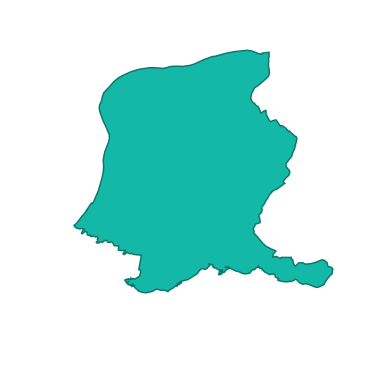 the district of Pedraza, Magdalena, Colombia, rotated 69°
{"feature_id": "7082276B4621695095776", "entity_name": "Pedraza", "entity_type": "district", "adm_level": 2, "iso_a3": "COL", "parent_name": "Colombia", "parent_adm1": "Magdalena", "projection": "equal_earth", "projection_center": [-74.79, 10.149], "detail": "fine", "context": "isolated", "style": "filled", "palette": "teal", "viewbox_px": 384, "rotation_deg": 69, "n_neighbors": 0, "source": "geoboundaries", "source_scale": "gbopen_adm2", "svg_char_len": 6041}
<svg xmlns="http://www.w3.org/2000/svg" viewBox="0 0 384 384"><g transform="rotate(69 192 192)"><path d="M59.0,219.5L60.9,225.3L64.0,231.1L67.7,238.8L71.6,242.0L74.0,243.4L77.9,247.3L81.2,248.8L85.1,249.3L94.3,249.5L99.6,249.0L109.0,248.7L112.5,250.0L116.0,252.4L122.8,258.7L126.4,261.1L130.5,263.5L135.9,265.1L140.8,267.3L146.0,270.5L157.2,278.9L166.0,287.5L167.1,289.3L166.3,289.9L171.3,297.1L171.5,296.8L176.3,305.3L179.7,310.5L180.8,314.0L182.0,314.0L183.9,313.1L186.1,310.4L186.8,307.3L188.4,305.8L188.7,305.9L188.4,307.1L188.8,307.9L191.0,310.0L191.6,309.6L190.8,306.6L190.9,305.4L191.7,304.6L193.2,304.6L194.1,305.1L195.1,304.6L195.6,304.1L195.9,302.2L197.2,302.4L197.7,301.8L197.7,300.3L198.1,299.5L199.4,298.2L199.4,296.9L200.2,296.3L201.1,296.6L201.6,296.2L202.0,296.3L202.4,297.4L203.4,297.4L204.1,297.8L204.3,299.0L204.7,299.4L205.3,299.3L205.7,298.8L205.8,298.0L206.1,297.5L206.2,296.6L205.7,295.9L206.1,294.7L206.8,294.1L206.8,293.0L206.5,292.7L206.3,292.1L206.2,290.0L206.4,289.5L207.2,289.0L208.5,288.7L209.1,288.0L209.7,286.0L209.7,284.8L210.8,284.1L212.9,284.1L214.3,283.7L216.1,279.9L216.6,279.9L219.9,281.6L220.9,280.0L222.8,274.9L223.6,275.2L223.8,276.9L224.8,278.4L225.6,278.3L225.9,277.8L226.0,277.0L225.0,274.2L225.8,273.8L226.5,272.7L227.4,272.2L227.8,270.2L229.0,269.5L232.9,261.9L245.4,269.5L245.8,268.4L247.2,268.3L248.4,268.7L251.2,270.6L251.8,271.6L252.1,272.7L252.8,276.3L252.1,277.3L252.1,278.9L251.6,278.8L251.7,279.3L251.2,279.5L251.6,280.8L251.5,281.1L250.9,280.8L251.3,281.4L251.1,282.2L250.6,283.3L250.2,282.9L250.0,286.0L250.2,286.3L251.1,286.0L251.8,286.2L252.7,285.3L253.1,284.7L253.0,284.0L253.3,283.6L253.7,284.3L253.3,285.2L253.6,285.4L253.9,285.1L254.3,285.3L254.7,284.8L255.7,284.7L256.4,283.4L257.1,282.8L257.0,281.6L257.3,282.6L257.6,282.5L257.3,282.4L257.5,282.0L257.8,282.3L258.2,282.2L257.9,281.8L258.3,281.0L258.1,280.8L257.8,281.5L257.3,281.0L257.0,281.5L256.5,280.5L256.9,280.1L258.3,280.0L258.6,279.6L258.7,280.9L259.1,280.2L260.8,279.6L261.6,279.0L261.9,279.1L263.8,277.8L264.6,277.9L265.1,276.8L265.8,276.9L268.0,274.2L269.6,271.0L269.9,269.5L269.8,269.0L270.0,268.5L269.9,268.0L270.3,267.2L270.5,265.6L270.3,262.5L269.8,261.8L270.1,260.8L270.0,259.5L272.7,256.2L273.2,254.1L274.7,251.7L275.8,251.0L276.4,250.0L276.1,249.5L275.8,249.6L275.4,249.2L275.5,248.4L275.3,247.9L275.4,246.9L274.9,245.1L274.8,243.4L273.6,241.4L273.8,241.0L274.3,240.8L274.4,239.2L274.2,239.0L272.7,239.2L273.8,239.0L273.6,238.6L273.6,236.9L273.1,235.5L273.3,235.1L272.3,233.9L271.8,234.0L272.7,238.8L272.4,238.5L272.4,238.1L272.2,238.1L272.0,236.4L271.6,235.6L271.5,232.8L271.8,231.2L271.7,230.8L272.0,230.1L272.3,226.8L272.0,226.0L271.6,223.0L271.0,220.9L270.7,218.4L270.4,217.7L270.3,216.9L268.7,214.2L268.1,213.5L267.7,212.6L267.7,212.1L267.1,211.4L267.2,210.9L267.1,209.9L268.4,208.5L268.9,207.4L268.7,205.3L267.7,203.7L267.1,201.6L266.3,201.1L266.1,202.0L265.2,202.1L265.2,201.7L268.0,198.4L268.8,198.5L268.8,199.1L269.1,199.4L270.8,198.5L271.3,197.8L271.5,197.0L273.9,195.4L275.9,191.7L276.6,191.8L277.1,192.6L276.4,193.2L276.3,194.2L275.5,194.1L275.6,194.7L277.7,195.9L278.2,196.7L278.8,196.6L279.3,195.1L278.8,194.5L278.9,194.1L278.5,194.1L278.9,193.5L278.7,193.1L278.1,193.1L278.0,192.8L278.4,192.2L278.2,191.6L278.5,190.6L278.1,190.1L277.3,188.5L276.6,185.4L276.7,184.7L275.9,185.0L274.7,186.4L274.3,187.7L274.0,187.5L273.9,186.9L274.3,186.0L275.7,184.6L275.7,184.1L276.5,184.0L281.3,179.6L283.1,177.0L286.3,173.8L287.6,171.3L288.5,167.5L288.1,166.5L286.6,164.2L286.5,163.0L286.2,162.8L286.4,161.9L286.7,161.9L286.8,161.4L286.3,160.1L285.7,159.4L286.0,157.5L285.7,157.3L285.6,157.6L285.1,157.5L284.9,156.7L285.4,156.8L285.7,156.3L287.3,156.2L287.8,155.6L288.1,154.1L289.9,154.5L290.6,153.3L291.7,153.4L292.6,152.8L296.7,149.4L297.0,149.2L296.8,148.3L297.4,146.4L297.3,145.3L297.6,145.1L297.9,145.3L298.1,144.6L298.6,144.3L301.0,144.6L301.7,144.3L303.9,142.3L304.4,142.6L304.8,143.4L305.2,143.4L306.1,142.4L308.3,139.0L309.6,136.4L310.3,133.8L311.0,131.0L311.1,129.6L310.9,127.9L310.3,127.1L311.5,125.6L314.9,124.3L317.2,122.4L318.0,121.1L318.3,118.9L318.8,118.0L321.1,115.1L324.5,111.5L325.8,109.6L326.1,107.7L325.8,102.5L325.6,101.8L323.9,100.1L321.5,96.6L319.7,93.5L318.8,91.4L318.8,90.9L318.4,90.4L315.0,88.8L314.9,88.3L313.7,88.3L312.6,88.8L311.9,89.4L310.8,91.0L309.8,91.7L308.7,91.7L308.1,91.4L306.7,91.1L303.4,92.8L302.3,94.1L301.8,95.4L302.0,102.2L301.4,107.1L300.1,111.6L299.4,112.7L297.8,113.8L296.4,118.1L297.5,119.9L298.2,122.1L297.3,122.6L294.3,123.0L292.5,122.3L291.4,122.3L290.4,123.2L288.7,122.7L285.2,131.7L285.1,132.2L285.6,133.1L284.4,134.8L282.7,135.8L281.6,139.8L280.5,139.3L278.8,137.8L277.2,134.8L273.2,138.8L268.5,142.9L266.9,143.4L265.7,144.2L255.9,147.5L254.7,148.2L253.1,148.6L252.9,149.0L250.4,148.0L247.7,147.9L246.5,145.7L245.2,144.9L244.8,144.3L245.0,139.6L244.6,139.2L241.3,138.3L238.1,138.2L237.4,137.4L235.6,133.9L233.2,132.7L232.0,132.6L230.9,131.9L228.8,128.4L227.0,126.8L225.0,123.8L222.7,121.3L219.9,116.0L219.7,111.8L218.0,105.2L217.2,102.9L217.3,102.4L215.2,103.2L214.0,101.8L212.7,99.9L211.3,95.9L210.6,95.1L209.2,93.9L207.0,93.3L202.6,95.0L199.8,94.4L198.8,93.3L196.6,90.0L194.6,86.4L193.9,85.7L191.9,84.4L188.6,80.9L186.0,79.2L185.5,78.5L184.5,78.3L183.0,76.9L179.8,75.0L178.1,74.8L176.3,76.2L175.4,76.5L172.3,78.3L169.9,79.2L170.1,80.2L165.6,81.8L163.4,83.3L161.9,84.9L162.1,86.0L155.3,87.5L154.6,88.1L154.4,91.7L154.6,93.5L151.8,94.4L145.4,94.9L143.2,93.9L142.2,93.9L142.2,95.9L143.0,99.2L142.7,99.6L139.9,99.3L135.8,99.7L135.4,100.3L133.3,101.6L131.4,102.0L130.2,103.1L128.9,103.5L126.0,103.7L122.1,101.7L117.3,96.5L116.3,92.1L113.0,82.8L111.2,78.9L108.7,77.1L105.2,76.0L102.3,75.6L99.9,74.8L97.4,73.5L95.2,72.8L93.3,71.6L89.2,70.0L87.9,75.4L87.4,76.4L88.4,77.1L86.8,80.2L82.2,85.1L79.6,89.3L76.4,101.1L75.1,107.8L74.5,112.2L73.7,120.9L72.8,124.9L72.7,133.8L73.4,144.4L73.0,148.9L71.4,155.7L69.1,161.1L67.3,166.4L66.4,174.3L62.5,182.6L60.9,186.7L58.5,197.2L57.9,205.3L58.3,213.8L59.0,219.5Z" fill="#14b8a6" stroke="#0f766e" stroke-width="1.5"/></g></svg>